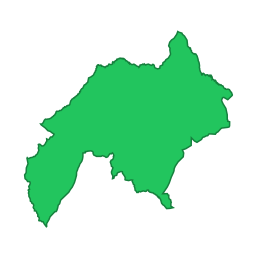 the district of Nabon, Azuay, Ecuador, rotated 356°
{"feature_id": "8360857B24818019376312", "entity_name": "Nabon", "entity_type": "district", "adm_level": 2, "iso_a3": "ECU", "parent_name": "Ecuador", "parent_adm1": "Azuay", "projection": "robinson", "projection_center": [-79.125, -3.333], "detail": "fine", "context": "isolated", "style": "filled", "palette": "green", "viewbox_px": 256, "rotation_deg": 356, "n_neighbors": 0, "source": "geoboundaries", "source_scale": "gbopen_adm2", "svg_char_len": 5783}
<svg xmlns="http://www.w3.org/2000/svg" viewBox="0 0 256 256"><g transform="rotate(356 128 128)"><path d="M72.7,97.1L71.5,100.7L70.7,101.3L69.9,101.1L69.0,101.7L68.5,101.6L67.2,102.8L66.3,102.4L65.6,103.3L64.8,103.4L64.5,104.0L62.4,105.8L60.9,105.8L60.1,106.5L58.0,106.3L57.3,107.0L57.0,108.3L56.3,109.0L55.9,109.8L54.6,110.6L54.3,111.1L53.0,111.8L52.2,112.5L50.0,113.5L48.7,113.4L48.0,113.7L46.2,113.4L45.0,114.5L43.7,116.9L42.0,118.2L41.2,118.0L41.6,118.8L45.5,122.2L47.9,125.1L50.3,126.0L51.6,127.3L53.8,128.9L53.7,129.4L51.8,131.6L50.2,131.6L49.7,132.0L48.6,133.8L47.5,134.0L46.1,133.2L46.1,135.5L45.1,136.6L44.4,138.0L42.6,139.8L40.9,140.0L39.2,138.2L38.2,137.9L37.4,138.2L37.7,139.9L37.1,141.8L37.5,144.0L35.7,147.6L33.8,148.9L33.5,149.7L33.0,150.0L32.1,149.8L30.7,150.6L28.4,150.8L27.3,151.5L25.9,151.3L25.4,150.6L25.1,151.1L25.8,156.6L23.8,160.7L23.3,165.4L21.6,167.6L21.8,171.4L23.3,172.8L24.1,174.4L26.2,174.7L26.7,176.1L25.7,178.5L24.9,179.2L25.5,182.3L24.4,182.6L24.1,183.0L24.8,184.6L24.1,185.9L24.5,187.2L24.4,189.3L25.5,191.8L25.5,194.2L26.6,195.1L26.9,196.4L27.9,196.9L28.6,198.4L27.9,200.7L28.3,201.6L29.1,202.6L28.9,204.1L30.3,204.3L31.0,205.5L31.2,206.6L31.9,207.6L32.0,208.5L31.8,209.8L32.8,210.7L33.2,211.7L32.6,214.1L32.9,214.4L34.3,214.3L35.5,215.5L36.7,215.5L37.8,217.9L39.7,220.8L40.0,220.6L40.1,218.1L40.4,217.3L42.8,213.8L44.1,211.1L49.3,206.3L50.3,206.4L51.1,205.6L52.2,203.0L53.0,200.1L54.5,198.8L55.8,195.2L64.4,188.0L66.1,185.5L68.3,183.0L70.8,178.6L72.1,175.1L73.3,171.6L73.6,168.4L74.8,166.1L75.2,164.8L76.7,162.4L77.5,160.5L79.5,158.1L80.4,156.0L81.0,153.4L81.3,149.8L83.6,149.8L83.9,149.3L83.8,148.5L85.1,148.6L86.2,148.3L89.5,148.2L90.9,148.9L91.5,149.8L91.6,150.4L91.4,150.9L91.9,152.5L94.6,154.1L99.1,154.4L100.6,153.8L102.8,154.7L104.1,155.8L105.7,155.4L108.0,152.5L108.8,152.3L109.3,152.7L110.7,151.7L111.5,152.8L111.9,154.3L112.0,154.8L111.4,155.3L111.5,156.4L110.9,157.8L110.1,158.6L109.0,158.9L108.0,160.7L108.7,163.5L108.8,165.0L109.4,165.4L110.2,166.6L108.4,170.7L108.5,172.3L109.4,174.4L109.5,175.9L109.1,176.8L109.0,177.5L110.4,177.1L111.0,175.3L111.5,174.7L113.4,174.4L114.1,172.4L114.6,171.9L117.8,170.9L119.3,171.2L119.4,172.8L121.0,175.4L121.8,177.4L121.4,179.1L121.6,179.6L125.0,180.5L127.5,180.0L128.9,180.3L128.5,180.9L128.5,181.8L128.9,182.4L129.5,184.7L130.1,185.0L130.5,185.7L130.1,186.8L130.6,187.9L130.8,190.7L131.9,191.7L132.3,192.9L133.7,193.0L134.2,192.1L135.0,192.1L135.7,192.6L138.8,191.8L141.0,192.5L142.2,192.2L142.7,191.3L143.7,191.3L144.1,191.5L144.3,192.6L145.5,193.6L148.7,194.6L149.5,195.5L150.2,195.7L151.0,196.6L152.1,197.1L152.5,198.1L153.9,198.8L154.0,199.3L153.4,199.3L154.0,200.0L154.6,199.9L155.6,201.9L156.3,205.4L157.5,207.1L158.6,207.8L160.9,211.1L164.3,211.1L167.5,210.6L165.3,208.9L165.5,206.4L166.0,205.0L165.6,204.3L165.6,202.8L164.1,201.5L163.8,200.0L164.0,197.9L163.3,197.6L162.6,196.2L158.0,196.0L163.1,189.5L165.3,185.7L167.7,180.1L170.3,175.3L170.9,173.8L171.2,171.9L172.4,169.5L175.5,165.4L181.1,160.6L181.8,156.8L180.7,153.6L184.2,152.7L189.8,149.8L190.5,142.2L193.5,145.7L195.8,147.1L200.1,144.8L200.7,144.3L201.4,143.1L202.2,142.4L203.7,142.2L205.2,141.4L207.0,141.2L208.5,139.5L214.7,140.3L216.0,138.7L217.4,138.2L220.5,135.2L221.6,134.6L227.7,134.3L229.1,133.9L229.5,132.8L229.8,129.3L229.8,128.8L228.0,128.3L228.1,127.1L227.6,126.5L227.9,121.7L227.0,115.3L224.6,110.7L223.5,107.9L223.3,106.7L224.3,104.6L225.1,104.1L226.0,104.3L229.5,106.7L234.1,102.9L234.4,102.3L233.7,99.7L232.9,98.9L231.8,96.8L230.5,96.2L228.7,96.3L228.0,96.0L227.9,95.5L227.3,95.5L226.3,94.5L225.7,92.8L223.9,91.9L223.8,91.4L222.8,91.5L222.5,90.9L222.0,90.8L221.4,91.1L221.0,90.0L220.2,89.1L219.9,88.9L219.8,89.4L219.5,88.9L219.1,88.9L219.1,87.5L218.4,86.5L217.5,87.1L217.4,86.3L216.5,85.6L215.8,85.3L215.3,85.5L215.6,84.4L215.3,83.9L215.5,83.5L215.4,82.9L215.0,82.7L215.1,82.2L214.6,81.4L214.1,82.6L213.0,80.5L213.0,81.4L212.5,82.0L211.2,80.5L209.3,80.5L208.8,81.0L207.7,79.3L206.9,78.7L206.1,78.9L205.9,80.1L205.2,80.1L205.1,78.7L204.2,77.1L203.6,74.9L203.7,73.9L203.4,73.0L203.7,70.6L203.4,67.5L202.7,65.7L202.7,64.4L201.9,60.9L200.7,58.8L199.5,58.9L199.3,58.5L198.5,58.5L196.6,56.5L196.7,55.3L196.0,54.3L195.9,53.1L195.4,53.1L195.5,52.6L195.1,52.7L194.9,52.2L194.0,51.5L193.1,50.3L193.2,49.4L193.0,44.5L190.8,40.3L188.8,38.3L188.4,37.1L185.3,35.9L184.4,35.2L183.1,38.0L180.1,41.8L177.6,43.2L175.6,45.3L174.3,48.9L175.5,51.4L175.2,53.0L175.6,57.1L175.4,57.8L173.1,61.1L170.6,62.5L169.4,64.2L167.5,65.2L166.9,67.5L164.3,68.5L163.9,70.6L161.7,71.1L159.3,70.0L158.8,69.3L158.5,67.2L157.5,66.3L156.8,66.3L156.3,67.0L155.6,67.2L152.8,65.7L151.2,65.9L150.0,66.4L148.7,65.2L148.3,65.9L147.7,65.8L147.2,65.3L146.3,65.8L144.5,66.0L144.4,66.6L143.6,67.2L143.8,67.6L143.1,68.3L142.8,67.6L140.8,66.7L139.8,65.6L138.7,65.2L138.4,64.7L136.3,65.1L134.8,64.0L134.2,64.3L133.9,63.6L134.0,63.1L133.3,63.2L133.3,62.4L132.6,62.4L131.7,61.2L130.9,60.7L130.4,60.7L130.0,59.7L128.6,58.4L128.0,58.8L127.6,58.2L127.1,58.4L126.6,58.0L126.0,58.3L125.0,57.7L124.6,58.1L124.0,58.0L123.7,58.4L122.6,58.4L122.0,59.1L121.6,58.8L121.2,59.6L119.6,60.4L118.9,61.3L118.7,61.2L118.5,61.8L117.4,61.0L117.0,61.8L117.0,63.0L116.4,63.4L115.3,63.6L113.5,62.9L112.1,64.8L111.4,65.0L111.2,64.7L110.4,65.0L109.4,66.0L109.2,65.5L107.7,65.1L107.0,64.5L105.9,64.6L105.7,63.6L105.3,63.3L104.2,63.7L103.0,63.4L103.0,62.9L102.1,63.0L101.5,63.6L101.5,64.1L100.9,64.4L101.2,65.4L100.2,66.6L100.1,68.2L99.4,68.8L99.2,69.8L98.6,70.3L97.2,72.8L94.5,74.5L92.2,75.3L91.0,79.7L89.5,80.6L88.9,81.5L87.3,82.1L85.6,85.2L84.6,85.6L83.2,87.2L83.1,88.3L82.4,88.4L82.4,89.2L81.9,90.0L81.5,90.0L80.8,91.0L80.3,90.8L80.0,91.6L79.4,92.1L78.9,92.1L78.0,93.1L77.1,93.4L76.7,94.2L76.0,94.1L75.0,95.0L74.3,95.2L72.7,97.1Z" fill="#22c55e" stroke="#15803d" stroke-width="1.5"/></g></svg>